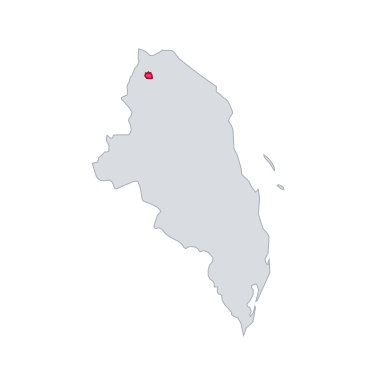 Belen Gualcho, Ocotepeque, Honduras shown in context, rotated 76°
{"feature_id": "27666195B17925078657683", "entity_name": "Belen Gualcho", "entity_type": "district", "adm_level": 2, "iso_a3": "HND", "parent_name": "Honduras", "parent_adm1": "Ocotepeque", "projection": "albers", "projection_center": [-88.771, 14.48], "detail": "fine", "context": "in_parent", "style": "filled", "palette": "rose", "viewbox_px": 384, "rotation_deg": 76, "n_neighbors": 0, "source": "geoboundaries", "source_scale": "gbopen_adm2", "svg_char_len": 3549}
<svg xmlns="http://www.w3.org/2000/svg" viewBox="0 0 384 384"><g transform="rotate(76 192 192)"><path d="M343.7,176.7L331.1,176.3L325.2,178.0L322.7,181.5L320.5,183.2L318.6,182.8L314.9,184.3L309.3,187.6L304.1,188.8L299.6,188.2L298.2,189.0L297.9,190.0L297.2,191.0L295.5,191.6L293.4,191.3L291.1,190.3L289.9,190.8L289.8,192.8L288.6,193.4L286.2,192.5L283.6,193.3L280.7,195.8L276.6,196.4L271.3,195.1L267.1,192.5L264.2,188.6L260.6,187.7L254.6,190.7L252.1,194.1L251.6,196.2L252.2,198.1L251.1,199.4L248.3,200.0L246.1,202.4L244.7,206.4L244.5,209.4L245.4,211.6L244.0,213.2L240.3,214.3L236.0,217.8L231.0,223.7L226.0,227.8L221.0,230.2L218.6,232.8L218.8,235.6L218.5,236.5L217.6,236.9L216.0,237.3L206.2,231.2L203.4,227.0L201.0,227.7L197.9,229.9L193.7,234.7L189.2,241.3L187.0,242.1L175.5,241.2L169.4,241.9L168.2,242.8L167.7,245.2L168.0,248.4L169.8,259.9L170.8,264.6L169.9,266.1L166.8,266.4L162.8,267.1L160.6,269.3L160.1,271.5L159.9,274.6L158.7,277.9L156.2,280.2L153.7,281.1L140.0,281.8L140.2,276.4L136.2,274.3L134.0,269.9L132.0,266.9L132.6,265.1L132.4,262.9L126.8,261.3L121.6,262.6L118.6,261.8L116.4,260.7L120.2,258.0L120.4,256.4L119.2,255.2L118.0,254.5L118.3,251.5L119.1,248.0L121.2,239.7L120.4,238.3L116.9,235.8L112.5,235.6L107.6,236.4L105.2,235.1L103.2,232.3L99.7,230.9L93.6,233.2L87.1,236.6L85.1,237.9L83.4,237.7L82.7,235.2L82.4,232.1L82.0,231.4L78.5,230.3L74.4,229.6L72.4,228.7L70.4,226.7L65.6,224.0L64.5,222.1L58.0,217.5L56.7,215.3L55.2,213.7L52.1,211.6L49.7,212.1L41.5,209.5L40.3,209.2L41.4,207.0L44.0,203.5L49.6,199.6L50.1,196.4L48.6,190.4L47.2,186.5L48.0,184.7L49.7,177.7L51.1,176.0L59.2,172.5L60.0,172.0L66.4,167.0L73.5,161.5L80.9,155.4L89.1,148.5L93.6,144.5L95.7,142.8L100.5,144.2L104.2,141.0L106.3,139.9L111.3,136.0L112.9,135.1L121.3,133.5L125.4,133.5L129.0,137.4L131.8,139.5L137.1,137.7L141.6,137.2L160.1,140.8L167.4,139.1L180.8,138.6L186.9,139.5L195.4,134.2L200.9,133.1L207.3,130.6L206.4,128.1L204.8,127.1L214.7,128.0L229.4,133.0L244.9,131.9L250.5,128.9L254.1,128.1L270.2,133.2L274.4,137.2L277.7,137.6L280.3,136.6L280.9,135.7L277.8,134.9L276.3,133.6L288.9,135.9L313.0,154.9L313.6,156.5L303.3,151.0L298.0,151.5L296.6,152.5L297.0,155.6L297.5,157.1L299.8,157.2L301.5,156.3L305.7,157.3L308.5,159.3L311.9,162.4L314.0,165.9L316.2,165.9L318.3,163.8L322.3,163.4L325.0,165.7L326.8,165.5L324.2,161.9L318.0,158.5L319.4,158.3L333.1,164.5L337.1,172.5L340.4,174.3L343.7,176.7ZM183.5,109.4L175.8,113.4L173.3,113.3L176.9,110.3L182.6,107.6L187.5,106.3L191.5,106.8L183.5,109.4ZM210.1,104.9L206.5,107.8L205.8,106.5L207.5,103.8L209.7,102.2L211.9,102.3L211.4,103.5L210.1,104.9Z" fill="#d9dde1" stroke="#a8b0b8" stroke-width="1"/><path d="M65.5,205.0L65.1,205.3L65.6,206.4L65.6,206.5L65.8,206.8L66.0,206.9L66.0,207.0L65.7,207.5L65.8,207.6L65.7,207.7L65.7,207.8L65.8,207.8L65.8,208.0L65.9,208.3L66.0,208.4L66.0,208.5L65.9,208.5L66.0,208.6L66.3,208.7L66.5,208.7L66.8,208.7L66.8,208.8L68.0,209.5L68.8,209.1L69.5,208.9L70.2,208.6L70.3,208.5L70.4,208.4L70.5,208.4L70.5,208.2L70.8,208.0L70.9,207.9L70.8,207.7L70.8,207.4L70.9,207.2L71.0,207.1L71.2,206.9L71.2,206.7L71.1,206.4L71.2,206.2L71.3,206.0L71.3,205.9L71.4,205.7L71.5,205.7L71.5,205.4L71.5,205.2L71.6,204.9L71.8,204.8L71.8,204.7L71.9,204.4L71.9,204.2L71.9,203.9L72.0,203.8L72.0,203.7L72.0,203.4L71.6,202.8L71.3,202.8L70.5,202.8L70.3,202.9L70.2,203.0L68.9,202.6L68.0,202.9L67.3,203.4L66.6,203.2L66.4,203.3L66.3,203.5L66.3,203.8L66.4,204.0L66.5,204.0L66.5,204.3L66.4,204.3L66.4,204.5L66.5,204.7L66.5,204.8L66.6,205.0L66.2,205.1L65.9,205.2L65.6,205.2L65.5,205.0Z" fill="#f43f5e" stroke="#9f1239" stroke-width="1.5"/></g></svg>